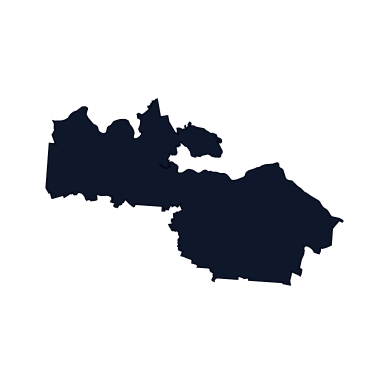 outline of Skrundas pag., Skrundas, Latvia, rotated 106°
{"feature_id": "27541924B9575577948476", "entity_name": "Skrundas pag.", "entity_type": "district", "adm_level": 2, "iso_a3": "LVA", "parent_name": "Latvia", "parent_adm1": "Skrundas", "projection": "albers", "projection_center": [22.046, 56.695], "detail": "fine", "context": "isolated", "style": "filled", "palette": "ink", "viewbox_px": 384, "rotation_deg": 106, "n_neighbors": 0, "source": "geoboundaries", "source_scale": "gbopen_adm2", "svg_char_len": 6122}
<svg xmlns="http://www.w3.org/2000/svg" viewBox="0 0 384 384"><g transform="rotate(106 192 192)"><path d="M115.0,253.6L115.4,253.9L115.4,254.6L115.6,254.9L116.2,253.6L116.4,254.3L116.9,254.7L117.8,254.3L118.1,255.6L119.0,255.5L119.5,254.8L120.6,254.9L119.9,255.3L119.8,255.7L121.2,256.4L121.8,257.8L122.5,257.7L123.2,256.6L123.2,256.0L124.8,256.1L129.8,259.4L132.0,261.5L131.2,264.8L132.5,266.0L133.9,264.8L134.2,265.0L135.5,264.7L136.3,261.0L141.5,260.0L146.2,260.4L148.6,258.3L148.1,257.8L148.6,257.1L148.3,256.4L150.8,256.3L152.7,257.0L155.0,258.5L156.5,260.5L156.9,263.0L154.7,264.0L151.3,264.1L148.7,265.6L146.2,268.1L144.5,270.6L141.5,272.9L140.9,275.4L141.1,277.0L142.5,281.3L145.3,285.6L146.3,286.6L150.5,288.1L151.9,289.9L153.2,290.7L157.5,290.5L158.6,290.7L159.8,291.7L160.5,293.0L160.6,295.0L160.2,297.1L159.1,299.0L155.9,300.8L155.1,302.0L154.6,303.3L154.5,305.4L149.8,312.5L146.7,315.4L143.3,315.7L141.3,315.4L140.4,315.8L140.0,316.3L139.7,317.8L140.4,320.4L141.2,321.3L145.8,324.7L148.0,327.7L150.7,329.7L153.2,330.7L155.0,330.9L157.8,333.6L159.4,336.0L160.5,338.8L161.1,341.1L161.8,342.9L161.9,345.0L164.2,342.9L168.8,341.8L168.9,340.4L170.5,341.1L172.7,341.2L175.4,342.1L181.9,337.5L183.3,335.8L184.6,342.4L228.3,333.3L232.3,329.2L231.5,327.9L236.4,325.0L236.5,324.6L230.3,314.6L232.2,313.4L225.6,307.4L226.5,307.1L225.6,306.4L227.0,304.7L226.3,302.5L223.4,301.4L223.3,297.5L223.9,296.2L225.6,293.7L228.0,292.1L228.8,290.9L228.3,290.7L227.2,288.4L228.1,286.7L226.2,282.3L225.4,281.5L221.3,283.1L221.0,283.1L220.1,281.9L220.4,278.9L218.5,273.3L218.1,271.3L218.8,268.1L219.1,267.8L218.8,267.7L219.1,267.3L218.9,267.0L219.2,266.7L220.7,267.1L221.2,266.6L221.0,266.3L221.2,266.0L222.0,266.8L222.6,266.4L223.2,267.5L223.6,267.5L223.8,267.2L223.8,262.8L224.9,262.3L226.2,263.3L226.9,263.2L227.6,261.7L227.2,260.0L227.3,259.5L225.3,259.0L224.6,259.2L224.1,257.6L223.3,256.5L221.8,256.5L220.8,255.2L218.0,254.6L217.7,253.2L220.3,248.8L222.2,244.2L221.3,243.4L219.5,243.7L213.7,216.4L218.3,215.5L217.8,213.3L215.7,214.3L215.6,212.9L216.2,212.5L215.8,211.8L215.5,210.0L215.2,210.2L211.0,209.1L210.7,208.6L210.6,207.0L211.2,206.9L209.4,204.8L209.6,203.5L209.9,203.3L210.3,201.9L207.1,200.3L207.8,199.1L208.9,199.0L209.1,198.3L210.8,197.3L211.3,196.5L212.0,196.3L213.7,196.8L213.5,197.6L216.3,200.3L215.6,200.9L217.8,202.7L218.1,203.6L223.2,201.7L223.6,202.2L223.4,203.6L224.0,204.0L226.3,203.4L226.1,202.4L226.4,201.9L227.6,201.4L228.4,202.0L228.4,202.7L228.8,202.8L229.7,205.2L231.8,203.3L232.2,202.4L233.9,201.3L234.3,200.5L234.4,199.7L233.4,198.8L234.2,197.4L233.1,196.0L234.5,193.5L236.6,192.9L238.5,190.9L241.8,192.1L241.7,191.6L242.0,191.3L244.3,191.4L245.4,190.9L246.7,189.4L247.0,189.5L247.3,190.6L248.0,190.7L248.3,190.3L248.0,189.3L250.1,189.3L251.2,188.7L251.7,184.5L256.1,184.9L256.0,181.7L256.4,179.8L256.9,173.1L260.1,172.5L260.1,167.9L261.2,165.7L262.6,166.1L260.3,155.5L260.7,153.1L261.4,152.5L262.1,153.0L263.3,151.7L263.4,150.4L264.1,148.8L265.7,148.7L267.7,147.9L270.9,148.5L271.5,147.7L271.6,146.2L270.6,146.6L269.0,145.9L268.1,145.1L267.6,145.1L263.2,124.1L259.9,124.6L260.2,119.2L260.7,118.3L258.7,113.6L261.0,113.2L253.8,79.4L254.8,79.2L254.2,72.0L250.5,73.8L241.0,74.2L242.2,65.8L242.6,64.9L240.6,64.7L236.5,65.2L236.0,66.3L236.0,67.9L226.5,68.5L221.4,67.7L217.2,68.2L216.3,69.1L213.2,69.2L211.9,67.0L211.8,65.9L212.2,64.9L212.2,63.8L213.6,60.3L216.0,57.7L216.2,52.9L213.4,52.5L210.4,53.3L210.0,51.1L208.0,47.8L204.6,43.7L188.4,47.1L178.7,42.7L179.4,39.4L178.3,39.0L177.9,39.5L177.0,43.1L177.5,50.8L176.7,52.3L173.1,56.3L172.1,58.0L171.0,61.7L168.6,64.8L166.6,66.6L165.7,68.3L163.5,77.0L161.9,81.4L161.5,83.9L158.9,88.6L158.1,91.3L157.1,93.5L154.2,98.7L154.2,100.3L154.6,102.1L154.3,104.4L153.1,106.1L152.0,106.9L145.9,110.8L145.4,111.6L144.8,114.1L144.3,115.1L143.8,115.7L141.3,116.5L140.6,117.7L140.9,118.7L143.2,121.9L145.7,128.8L147.8,131.8L150.0,133.8L151.0,136.1L152.6,137.9L156.3,143.4L158.5,145.0L162.1,145.2L163.8,146.3L168.2,152.1L169.6,154.9L170.0,156.4L169.9,157.9L167.6,160.9L166.1,163.5L165.6,165.3L165.7,166.6L166.7,169.8L166.5,173.8L167.4,177.1L167.4,178.4L167.2,179.9L168.3,181.7L168.2,182.7L167.5,183.9L167.4,184.6L168.1,186.4L171.3,189.1L172.4,190.7L172.5,192.3L171.1,197.0L171.1,199.8L171.4,201.5L172.6,203.1L174.8,204.8L176.6,206.7L177.5,209.2L177.7,210.3L177.3,211.2L176.3,211.9L174.7,212.4L172.7,212.3L171.5,212.8L170.4,214.4L169.9,216.9L169.0,218.5L168.8,219.8L169.2,220.7L170.2,221.3L173.6,220.5L175.1,221.4L176.4,223.3L176.5,224.8L176.2,226.0L175.1,228.4L174.5,230.4L174.3,230.4L174.8,228.4L175.9,226.3L176.2,224.1L175.8,222.6L175.3,221.9L173.9,220.9L169.9,221.6L170.0,221.9L169.7,221.7L169.5,222.7L169.1,223.0L168.0,222.9L168.0,224.7L167.6,225.0L162.6,223.6L161.6,224.5L161.1,222.8L161.6,221.6L161.1,221.6L161.2,219.7L160.9,218.6L160.3,217.8L158.2,217.5L156.2,218.7L153.5,219.8L152.3,219.5L152.2,218.7L151.6,218.9L151.5,218.2L152.2,218.2L151.7,218.1L151.7,217.8L152.1,217.7L152.0,217.4L150.6,217.6L150.5,216.4L147.5,217.4L147.2,216.7L147.2,216.1L149.7,210.8L149.3,209.6L149.4,209.2L151.2,207.2L151.3,206.6L152.1,206.1L153.2,204.6L156.9,202.7L157.3,201.9L157.4,199.7L157.3,198.3L156.0,198.4L155.5,194.0L153.8,192.7L151.0,187.6L150.9,186.3L151.2,184.3L151.9,183.2L151.8,179.2L151.3,178.8L151.4,178.2L151.0,175.9L150.1,174.5L147.8,174.8L145.9,174.1L144.6,174.3L138.9,179.6L136.4,181.0L136.0,182.2L135.8,182.3L135.4,181.7L135.0,180.3L136.8,179.0L136.7,178.0L135.6,177.6L133.8,178.3L133.0,179.9L133.0,181.7L132.1,184.5L131.4,183.9L130.2,185.0L130.4,185.5L130.1,188.4L130.5,188.5L130.7,191.0L129.9,192.9L129.4,195.5L128.1,198.0L128.8,206.1L128.1,208.9L128.8,210.1L128.7,210.8L129.1,211.2L129.4,212.4L128.9,212.7L128.7,212.4L126.8,211.8L126.0,212.4L125.8,213.6L128.3,214.1L128.0,212.7L128.3,212.4L129.3,213.3L129.7,213.0L130.6,213.9L132.7,215.0L132.7,215.3L132.5,215.6L130.2,216.7L130.6,217.0L133.1,215.6L133.8,215.8L134.0,217.2L135.1,217.9L134.5,219.2L134.2,221.2L134.5,222.7L135.0,223.8L140.0,221.4L139.6,224.8L131.6,233.1L131.6,233.5L125.5,236.5L128.7,243.1L112.4,251.1L113.0,252.1L115.2,253.0L115.0,253.6Z" fill="#0f172a" stroke="#020617" stroke-width="1.5"/></g></svg>